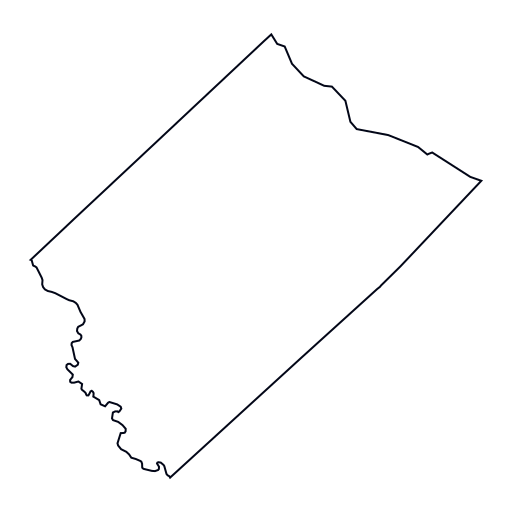 Aiken, South Carolina, United States of America
{"feature_id": "52423323B95410020978847", "entity_name": "Aiken", "entity_type": "district", "adm_level": 2, "iso_a3": "USA", "parent_name": "United States of America", "parent_adm1": "South Carolina", "projection": "robinson", "projection_center": [-81.813, 33.538], "detail": "fine", "context": "isolated", "style": "outline", "palette": "ink", "viewbox_px": 512, "rotation_deg": 0, "n_neighbors": 0, "source": "geoboundaries", "source_scale": "gbopen_adm2", "svg_char_len": 1935}
<svg xmlns="http://www.w3.org/2000/svg" viewBox="0 0 512 512"><path d="M227.5,75.3L192.7,107.9L158.4,140.1L113.6,182.0L73.6,219.4L69.8,223.0L30.7,259.8L31.0,259.9L31.8,260.7L33.1,265.4L33.4,265.7L34.9,266.3L36.5,267.4L41.7,277.7L42.5,280.1L42.2,284.4L43.1,287.1L44.9,289.4L47.8,291.0L51.7,291.9L55.3,293.2L61.7,296.5L66.5,299.0L69.1,300.2L73.3,301.3L75.8,302.9L77.5,304.8L77.7,305.3L80.5,311.9L84.5,318.9L84.6,320.0L84.6,321.4L83.0,324.3L80.6,325.6L78.2,326.8L77.3,328.5L77.0,331.0L78.3,333.3L80.4,334.5L81.3,335.7L81.4,337.3L80.9,338.8L79.3,340.5L75.2,341.4L72.8,341.9L71.7,343.1L71.5,345.0L72.5,347.3L75.0,358.9L78.3,362.7L77.8,364.7L75.1,366.6L73.0,366.1L70.2,363.8L68.0,363.9L66.6,365.0L66.3,367.2L67.4,369.3L72.8,374.6L72.4,377.2L71.1,378.7L70.1,380.0L70.2,381.8L71.5,382.7L74.0,382.7L78.4,381.5L82.1,384.0L81.4,388.7L81.9,389.7L84.6,391.9L85.7,393.1L86.2,394.6L86.8,395.4L88.4,395.4L89.6,393.3L90.5,391.4L91.7,390.8L92.9,391.8L93.6,393.1L93.5,395.2L93.3,396.6L99.2,400.1L100.6,404.3L105.1,406.3L108.1,402.7L109.4,402.0L117.2,404.4L120.7,406.7L121.3,408.6L119.4,411.4L118.3,412.1L117.6,411.4L115.2,411.4L112.9,412.5L112.0,418.4L113.0,420.1L118.2,421.9L122.5,425.1L125.7,428.8L125.6,431.3L124.7,432.7L123.3,433.0L120.7,433.1L117.5,443.3L118.1,445.4L118.1,445.5L121.1,449.2L126.3,451.8L129.2,454.5L129.3,454.7L131.3,457.7L135.8,459.0L140.2,460.9L141.3,461.6L142.1,463.7L142.2,467.4L142.6,468.2L143.7,468.9L151.9,470.9L155.0,471.1L158.1,470.0L158.9,469.0L159.0,466.7L157.0,463.5L157.4,462.6L158.4,462.2L160.8,462.6L163.6,465.0L164.3,466.1L166.5,474.0L167.6,475.3L169.4,476.3L170.1,477.6L301.7,357.4L377.2,289.0L380.0,286.8L381.0,285.5L400.4,266.4L465.8,197.2L481.3,180.8L470.3,176.9L432.2,152.5L429.0,153.7L427.3,154.5L418.1,147.0L388.3,135.1L356.7,129.1L350.4,121.8L345.4,100.8L331.9,86.6L324.2,85.8L303.8,76.4L292.0,63.8L284.7,46.5L277.2,43.9L271.3,34.4L264.3,40.8L227.5,75.3Z" fill="none" stroke="#020617" stroke-width="2"/></svg>